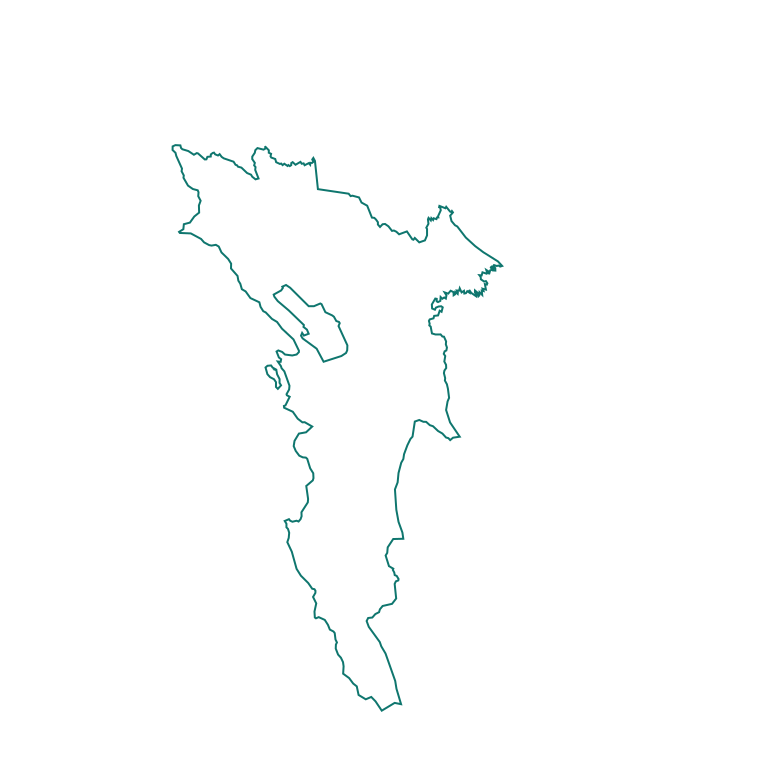 Tapanuli Selatan, Sumatera Utara, Indonesia (Equal Earth projection), rotated 157°
{"feature_id": "22746128B22210082667393", "entity_name": "Tapanuli Selatan", "entity_type": "district", "adm_level": 2, "iso_a3": "IDN", "parent_name": "Indonesia", "parent_adm1": "Sumatera Utara", "projection": "equal_earth", "projection_center": [99.254, 1.551], "detail": "fine", "context": "isolated", "style": "outline", "palette": "teal", "viewbox_px": 768, "rotation_deg": 157, "n_neighbors": 0, "source": "geoboundaries", "source_scale": "gbopen_adm2", "svg_char_len": 6138}
<svg xmlns="http://www.w3.org/2000/svg" viewBox="0 0 768 768"><g transform="rotate(157 384 384)"><path d="M493.4,82.6L491.6,98.6L489.7,106.3L487.9,135.3L489.0,143.6L488.7,148.1L492.9,166.4L492.6,172.6L490.0,174.8L486.0,173.6L481.9,175.6L477.7,175.9L475.8,178.2L472.0,180.2L462.5,178.5L456.6,181.8L452.3,195.8L450.2,197.7L447.6,197.6L446.8,198.8L447.3,202.4L448.8,203.9L448.2,206.5L448.5,209.5L447.6,210.3L450.6,214.4L449.5,225.5L447.0,227.3L444.4,232.2L436.1,237.7L426.7,234.0L425.1,240.1L424.5,251.4L421.8,263.4L415.1,282.7L409.9,288.1L405.4,296.4L398.9,304.8L395.5,307.4L393.0,311.5L386.4,318.5L381.1,323.1L378.3,324.4L370.3,337.4L365.6,337.1L362.5,333.8L360.0,332.7L357.9,328.2L355.4,326.0L352.6,319.6L349.6,315.6L347.8,310.5L345.9,309.0L345.0,306.5L341.4,307.6L334.9,305.9L338.2,322.8L337.0,335.8L332.3,343.1L329.5,345.8L327.0,354.7L326.2,359.2L326.6,363.4L325.4,365.5L324.6,370.6L323.1,372.8L320.5,374.4L319.4,377.4L319.7,381.1L316.7,385.8L317.2,388.4L315.4,390.4L313.5,390.5L311.8,393.0L311.6,396.3L310.2,398.9L310.3,404.1L311.7,404.9L312.5,407.5L317.3,409.5L320.1,411.8L318.6,418.6L319.4,420.2L318.4,421.7L318.0,424.5L316.7,425.6L312.8,425.1L311.2,427.1L307.4,426.0L304.1,429.7L302.8,428.0L300.0,431.6L301.0,433.2L303.5,434.0L306.4,434.0L308.1,432.5L310.2,434.7L308.9,438.5L303.4,442.6L302.2,441.8L303.2,439.5L302.3,438.3L299.7,438.5L297.9,441.9L297.0,439.7L294.8,440.1L293.7,438.5L291.9,441.2L292.4,444.6L289.6,442.1L286.2,443.8L284.1,441.4L285.2,438.5L283.6,438.8L282.4,440.8L281.0,438.1L280.2,439.5L280.4,441.6L278.4,440.6L276.9,442.5L276.8,438.0L274.0,438.5L274.7,435.9L273.1,435.6L271.1,436.9L269.6,434.6L268.8,437.3L268.1,433.8L264.8,428.6L264.1,430.0L264.5,432.8L263.7,434.5L262.2,431.4L262.7,427.9L261.7,428.3L260.2,431.2L258.8,427.7L257.5,431.8L256.1,430.7L256.0,433.2L253.3,431.1L252.1,436.5L250.5,435.3L249.5,436.3L250.0,438.9L251.8,439.2L253.9,442.5L253.2,444.8L253.7,446.9L251.7,445.8L249.7,448.3L246.6,445.6L245.5,446.9L245.3,449.0L244.1,447.2L244.7,445.1L243.9,444.6L241.9,447.1L239.9,446.9L240.1,449.6L239.1,450.0L237.9,448.3L239.2,445.9L237.2,444.9L236.3,447.2L237.2,450.0L236.3,450.5L234.1,448.6L232.1,448.2L231.2,446.7L229.1,446.5L231.2,452.3L241.1,466.5L246.2,475.3L251.5,486.9L255.0,500.4L256.6,502.4L258.2,507.6L257.3,513.1L253.5,515.0L253.9,516.7L254.9,516.0L255.8,516.9L257.5,522.8L258.8,521.8L263.4,526.3L264.2,525.2L263.3,524.2L263.9,521.7L268.7,517.3L268.9,516.1L270.1,516.6L271.3,515.3L273.5,517.1L274.7,515.8L275.6,518.2L277.0,516.3L278.1,519.5L279.2,518.4L280.5,514.1L284.0,511.3L283.8,509.9L286.3,504.0L290.2,500.2L296.2,500.6L298.6,506.4L300.5,505.3L301.4,506.1L303.3,515.5L311.6,515.9L313.1,519.3L314.9,521.4L316.8,521.8L318.3,527.4L320.5,530.9L322.9,531.6L326.3,530.1L327.3,533.2L326.4,535.3L327.1,538.5L328.0,540.7L330.1,541.9L329.8,554.7L333.8,559.8L334.1,565.5L339.5,569.7L341.3,570.0L342.2,573.0L368.7,589.2L360.4,616.3L360.7,619.7L362.3,618.7L362.2,616.1L363.9,615.6L365.4,616.4L366.3,614.7L367.0,616.7L371.6,616.4L371.8,618.5L373.7,618.9L374.1,621.1L379.8,620.4L381.4,623.9L383.0,623.6L383.9,621.7L385.6,621.4L386.5,622.9L387.6,622.4L389.7,625.7L391.8,625.1L392.5,627.1L393.8,627.2L396.6,630.3L396.2,633.6L399.3,636.5L399.5,637.9L398.0,640.0L399.7,641.9L398.7,644.1L400.7,649.3L401.0,647.1L403.3,646.8L408.3,650.6L411.1,649.5L412.6,647.3L416.4,644.8L417.4,642.5L416.5,638.0L418.1,636.0L417.5,633.9L418.9,631.4L419.2,622.2L422.3,622.6L424.3,626.3L424.6,628.6L427.6,631.7L430.7,638.9L433.5,641.1L433.8,642.7L435.0,643.8L435.6,647.4L443.3,654.3L444.7,656.5L445.5,659.8L447.5,659.2L449.7,661.4L450.1,663.4L451.3,663.6L453.7,663.0L454.6,661.1L457.8,662.1L459.7,660.2L461.2,660.7L465.1,668.9L466.1,669.7L469.4,669.3L473.1,674.9L477.9,678.9L478.6,680.6L478.2,683.2L482.7,685.4L485.7,685.3L487.2,682.0L485.6,678.3L486.1,675.0L485.8,661.2L487.2,658.9L486.8,654.2L488.0,652.2L486.9,643.2L483.8,638.2L479.8,635.1L479.8,633.0L481.6,629.5L481.2,624.3L484.6,620.7L487.2,614.0L493.2,612.3L499.6,608.4L505.8,609.3L508.2,604.9L513.2,604.1L512.9,602.8L503.0,598.1L495.7,589.0L494.3,584.7L490.7,580.2L488.7,578.8L484.4,577.8L482.4,575.1L482.2,568.6L478.6,560.0L477.7,554.5L479.7,550.1L476.6,540.7L477.7,536.0L477.1,532.5L477.8,526.8L475.2,523.3L473.4,515.3L466.8,507.9L467.5,503.3L466.7,498.2L464.9,496.1L461.7,487.7L458.2,482.9L456.3,474.8L449.9,460.4L449.3,447.9L449.9,446.6L452.9,445.3L457.3,446.1L463.6,449.8L465.2,453.3L468.2,456.2L470.2,455.9L470.4,449.5L469.0,447.0L470.5,444.8L473.0,446.2L471.9,440.8L472.1,438.5L470.8,434.6L471.7,419.3L473.5,416.0L477.7,412.7L477.8,411.6L475.8,409.1L483.1,402.8L484.7,402.9L485.2,401.2L478.8,394.1L477.0,385.8L474.1,380.6L471.9,379.8L466.7,372.9L474.6,370.0L481.7,371.6L488.6,366.6L491.4,362.1L491.4,356.8L490.0,351.1L487.4,348.2L484.7,346.8L483.9,345.1L484.9,335.2L484.0,329.5L485.7,324.9L487.2,323.1L495.4,320.5L498.8,307.8L500.4,304.8L510.1,298.2L511.5,294.5L513.6,292.2L516.4,290.8L517.9,292.3L522.1,293.0L523.8,294.8L524.3,296.7L528.9,296.7L528.4,293.5L529.8,290.2L529.0,288.1L529.4,284.1L531.8,279.6L534.8,276.2L534.4,265.6L536.7,248.0L535.4,240.0L531.5,230.4L530.1,223.6L528.2,222.3L527.9,220.4L528.8,218.5L532.5,215.7L532.1,208.5L536.9,201.7L538.9,196.1L538.2,194.9L535.2,194.9L530.7,190.0L529.7,184.2L529.8,179.1L527.2,175.9L526.7,174.0L528.5,167.7L528.3,164.5L530.1,162.9L531.8,159.3L532.0,152.9L530.6,148.8L530.4,144.0L531.5,139.9L534.8,133.3L531.0,126.9L529.4,120.3L527.2,116.3L528.9,107.7L524.0,100.9L518.0,100.9L515.8,95.2L513.7,84.2L498.8,86.3L493.4,82.6ZM412.3,426.4L430.9,428.1L432.2,442.8L441.1,457.8L441.5,460.9L439.4,463.0L438.8,459.9L433.7,459.7L433.7,464.2L435.8,468.0L434.7,469.6L442.9,488.9L449.4,501.8L450.8,507.2L450.6,509.4L442.1,510.3L439.5,512.0L439.6,513.3L435.5,513.4L432.8,509.3L422.9,485.0L418.1,483.0L411.2,483.0L410.3,481.9L409.9,473.0L404.9,467.4L403.8,465.5L403.3,460.6L401.2,458.7L401.0,457.3L403.2,455.1L402.6,433.9L404.7,429.4L406.8,427.4L412.3,426.4ZM483.6,421.0L479.3,423.0L479.7,425.9L478.2,429.3L478.6,434.7L477.7,438.8L478.9,439.9L478.1,440.0L480.1,442.6L480.7,445.2L484.1,446.3L486.6,445.5L487.5,438.6L486.2,434.8L483.4,431.4L482.7,427.9L484.6,423.5L483.6,421.0Z" fill="none" stroke="#0f766e" stroke-width="2"/></g></svg>